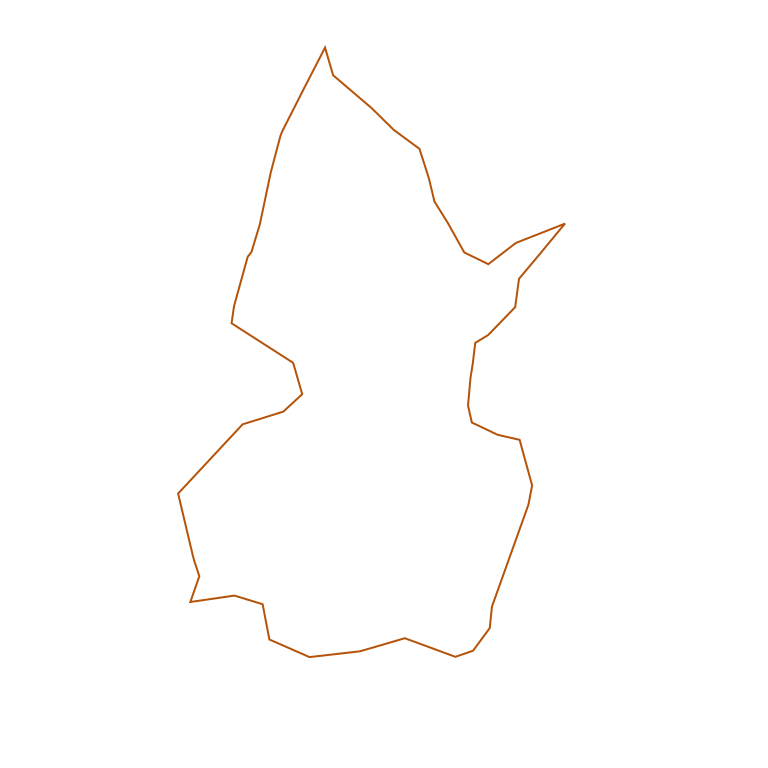 Bamboutos, Ouest, Cameroon (Albers equal-area conic projection), rotated 295°
{"feature_id": "32672807B7261733805593", "entity_name": "Bamboutos", "entity_type": "district", "adm_level": 2, "iso_a3": "CMR", "parent_name": "Cameroon", "parent_adm1": "Ouest", "projection": "albers", "projection_center": [10.332, 5.666], "detail": "fine", "context": "isolated", "style": "outline", "palette": "amber", "viewbox_px": 768, "rotation_deg": 295, "n_neighbors": 0, "source": "geoboundaries", "source_scale": "gbopen_adm2", "svg_char_len": 838}
<svg xmlns="http://www.w3.org/2000/svg" viewBox="0 0 768 768"><g transform="rotate(295 384 384)"><path d="M104.6,300.6L129.0,337.8L133.1,367.1L108.7,384.7L104.0,388.1L105.0,431.9L131.6,475.2L162.4,510.3L166.9,564.0L179.9,577.4L207.5,583.0L227.9,575.9L335.7,565.9L354.7,561.1L390.7,530.5L386.0,508.6L386.2,479.9L399.9,469.3L426.1,459.8L440.8,455.6L459.8,449.3L472.4,457.7L509.1,470.4L536.4,461.9L568.9,470.6L600.5,478.8L605.9,480.3L567.6,443.9L536.7,427.9L537.1,401.2L556.8,374.0L570.8,352.5L589.1,338.0L612.1,316.8L618.4,285.5L628.8,256.2L642.3,207.4L664.0,188.4L618.7,186.6L570.5,185.0L565.5,185.2L528.2,191.9L476.2,204.0L447.6,208.1L441.6,206.7L391.1,215.2L374.6,220.2L364.8,292.7L340.2,314.2L316.4,304.4L287.7,272.9L197.7,243.7L148.4,282.7L143.5,286.8L131.7,297.9L104.6,300.6Z" fill="none" stroke="#b45309" stroke-width="2"/></g></svg>